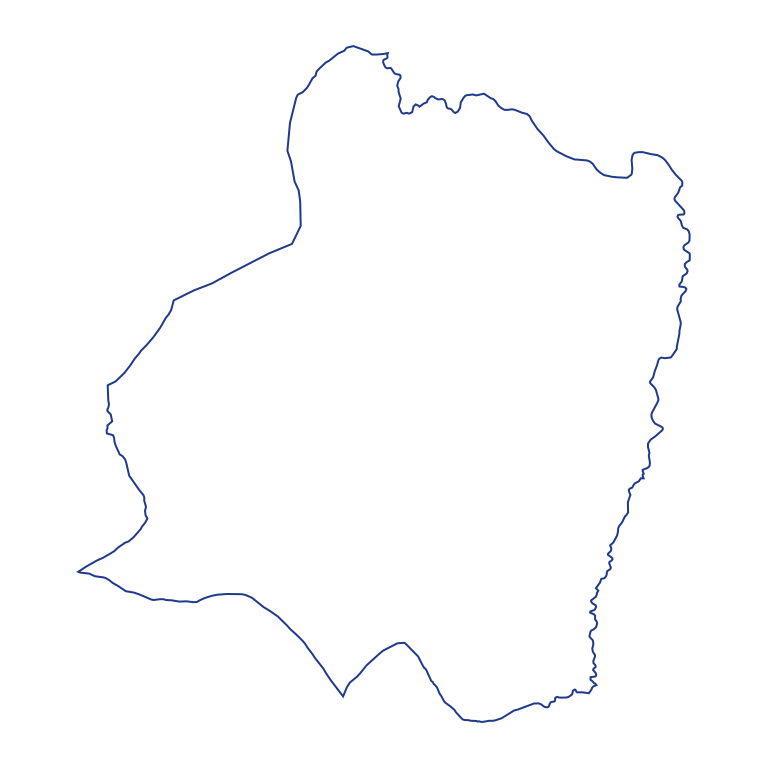 outline of Adi Keyh, Debub, Eritrea
{"feature_id": "51966322B55590653223248", "entity_name": "Adi Keyh", "entity_type": "district", "adm_level": 2, "iso_a3": "ERI", "parent_name": "Eritrea", "parent_adm1": "Debub", "projection": "albers", "projection_center": [39.429, 14.884], "detail": "fine", "context": "isolated", "style": "outline", "palette": "blue", "viewbox_px": 768, "rotation_deg": 0, "n_neighbors": 0, "source": "geoboundaries", "source_scale": "gbopen_adm2", "svg_char_len": 6062}
<svg xmlns="http://www.w3.org/2000/svg" viewBox="0 0 768 768"><path d="M387.8,53.1L383.5,54.0L377.4,54.5L371.8,54.5L368.2,51.4L353.4,46.1L346.7,47.7L344.2,50.8L338.1,53.5L328.9,60.9L325.8,62.5L319.1,68.8L316.6,71.5L315.6,75.7L312.5,78.3L308.4,85.7L306.9,87.9L302.8,92.1L297.7,94.7L296.2,97.9L290.0,122.8L287.4,150.8L291.0,161.4L294.6,181.5L298.7,190.5L300.2,201.6L300.7,225.9L292.0,243.9L269.0,253.4L231.2,272.9L211.8,283.5L193.9,290.4L173.7,300.4L171.2,309.9L168.8,314.2L165.8,317.9L160.2,327.7L153.6,336.9L146.4,345.3L141.2,350.5L138.8,353.9L135.0,358.3L130.1,365.6L124.3,373.0L115.5,381.5L107.7,385.3L108.3,400.6L109.0,404.1L108.4,407.3L107.3,409.8L107.4,411.0L110.7,414.4L112.2,421.3L107.4,425.5L107.5,428.2L106.6,430.2L106.9,433.4L113.0,435.2L114.0,437.4L114.6,442.2L115.8,445.8L119.7,454.4L122.6,456.2L125.2,459.6L126.3,463.0L129.2,475.7L139.6,490.5L143.6,495.4L144.3,497.7L144.2,500.6L146.0,506.8L145.0,510.9L145.6,515.3L147.4,518.6L145.1,522.8L141.7,527.0L141.0,528.7L133.7,537.1L128.5,541.5L125.1,542.7L118.0,547.6L114.2,551.2L110.6,553.4L102.6,558.0L97.1,560.4L86.2,566.6L78.2,571.8L80.2,572.6L89.2,573.6L94.8,576.2L103.5,577.4L105.5,578.0L108.9,579.9L112.8,583.0L118.4,586.2L125.8,591.2L134.0,592.6L139.3,594.4L151.2,599.5L153.5,600.0L160.2,599.2L163.3,599.2L166.0,600.0L171.7,600.3L179.4,601.6L186.6,601.3L193.5,602.2L196.8,602.0L200.5,599.9L205.1,597.9L211.9,595.8L217.3,594.7L227.1,594.0L241.9,594.2L245.6,595.0L251.9,597.7L263.6,607.1L269.7,610.8L278.0,616.6L287.4,625.9L290.4,629.3L296.1,634.4L302.2,640.4L305.0,643.6L307.4,647.5L312.5,654.1L314.6,657.5L323.2,668.4L326.0,673.2L330.8,680.3L343.1,696.4L346.8,687.4L349.8,682.6L357.0,676.7L360.4,673.0L366.5,665.4L379.2,653.9L383.0,650.7L397.4,643.3L404.3,642.8L405.9,644.0L418.1,656.4L422.3,664.7L424.1,667.7L426.0,669.4L431.2,680.8L432.8,682.1L433.8,684.1L434.9,684.9L437.1,687.6L439.6,693.7L441.5,696.4L443.9,701.0L445.3,702.7L450.2,706.2L454.5,709.9L456.0,712.4L462.5,719.3L464.5,720.0L468.8,720.2L470.2,720.7L476.5,721.0L477.3,721.5L479.0,721.3L480.8,721.8L482.8,721.9L489.0,720.8L492.7,720.8L495.1,720.4L501.5,718.3L514.1,710.5L518.0,709.5L534.0,703.5L538.5,703.4L540.9,704.2L544.5,706.9L547.3,707.3L548.6,706.8L550.0,703.2L551.1,702.0L554.2,701.6L555.0,700.8L555.3,697.7L557.3,696.9L559.5,697.6L563.9,697.6L566.4,697.5L568.7,696.9L572.2,694.3L572.9,690.7L574.8,689.5L575.8,690.3L576.4,691.7L577.2,692.4L582.2,692.3L588.9,693.2L591.4,689.7L592.1,687.9L593.2,686.5L596.4,685.1L595.3,683.6L594.1,683.3L592.7,681.4L590.6,679.9L590.5,677.2L595.3,676.5L596.1,675.8L596.2,674.3L595.3,672.5L593.1,670.0L593.6,668.7L595.6,667.1L595.6,666.0L595.2,665.0L593.5,663.1L593.3,661.0L595.0,656.5L595.0,655.0L592.8,651.7L592.3,648.2L593.3,644.9L593.2,641.9L592.7,640.2L589.7,637.0L589.5,635.8L590.6,631.4L591.7,630.3L593.4,629.5L596.1,627.2L597.1,623.4L596.7,621.6L595.1,619.3L595.1,615.7L594.2,614.4L590.1,612.6L590.4,611.4L593.9,610.2L595.0,609.3L596.1,606.8L595.8,605.4L592.5,603.4L591.2,601.7L591.1,600.4L595.6,597.0L596.9,594.5L596.8,593.3L598.3,590.6L595.9,588.2L600.2,582.3L601.0,579.3L602.3,578.6L604.3,578.3L606.0,576.4L606.7,574.4L606.8,572.6L607.3,571.1L610.3,569.2L610.8,567.5L609.2,563.2L609.4,562.0L611.6,560.5L612.5,559.4L612.3,558.0L608.0,554.8L607.9,553.8L610.7,551.1L611.1,550.2L611.3,548.3L610.1,545.4L613.4,542.4L617.1,535.5L617.9,532.0L618.2,528.3L619.1,526.1L622.0,522.5L625.0,516.4L626.3,515.2L628.1,512.5L627.9,502.1L630.4,494.9L629.1,491.7L628.8,490.0L629.6,488.7L632.2,487.6L634.0,484.3L635.0,483.3L638.8,481.3L640.8,478.3L643.6,478.3L642.6,475.8L642.8,474.5L643.7,473.8L642.7,471.1L642.7,469.8L647.3,468.1L649.2,466.5L649.7,465.2L649.9,462.3L648.8,455.8L649.4,452.6L648.0,447.1L648.0,444.0L648.3,443.0L650.8,439.5L654.6,436.9L662.3,430.2L662.9,428.9L662.6,427.7L661.7,426.9L655.1,423.6L653.0,420.8L651.6,417.6L651.4,414.3L652.0,412.6L657.2,402.9L658.3,400.5L658.4,398.9L655.9,389.8L654.2,387.2L650.3,383.2L649.9,381.9L653.2,377.2L654.8,371.0L657.1,365.1L658.3,360.4L659.1,359.0L660.4,358.0L661.6,357.6L664.8,358.2L670.7,357.5L671.8,356.3L676.8,349.1L676.8,346.8L679.3,334.3L679.5,330.7L680.7,324.5L680.7,322.1L677.1,309.0L677.5,306.8L680.9,301.2L680.6,299.6L681.3,296.0L682.8,294.0L685.4,291.4L686.4,289.0L685.4,287.7L683.8,287.0L679.4,286.5L679.3,284.9L681.9,281.1L682.7,276.2L686.7,273.4L687.5,271.4L687.5,270.2L685.1,266.9L684.7,265.6L684.9,264.0L686.5,262.2L689.7,260.3L689.8,254.3L689.5,253.3L684.3,249.9L683.4,248.0L683.7,246.3L684.3,245.4L688.5,242.4L689.5,240.5L689.6,234.5L689.0,232.1L688.5,230.9L686.9,229.2L683.2,227.8L681.9,225.4L680.8,221.0L678.2,218.1L677.5,216.7L678.0,215.2L679.2,214.7L683.6,214.5L684.3,213.6L684.3,211.6L683.9,210.3L675.1,200.7L674.4,199.0L674.8,197.3L677.8,193.4L678.6,191.8L679.9,187.9L680.6,186.8L682.2,185.6L682.3,181.9L681.5,180.5L676.1,175.1L671.6,169.5L669.3,165.7L665.4,160.5L663.1,158.2L660.6,156.6L657.3,155.1L651.4,154.2L642.6,152.1L638.2,152.2L634.6,152.8L633.6,153.5L632.5,155.2L631.6,160.0L632.3,168.4L631.8,173.6L631.3,174.7L627.1,177.8L617.0,177.3L611.4,176.7L604.1,175.1L600.0,172.5L596.7,169.5L592.7,163.8L590.0,161.6L586.8,160.4L574.4,159.4L566.0,156.1L556.5,151.1L553.8,148.9L548.3,142.3L543.5,135.6L537.4,128.9L531.8,120.7L529.7,116.3L527.0,114.0L522.0,112.7L514.4,109.7L512.0,109.3L507.6,109.9L504.4,109.8L501.3,108.1L498.3,105.6L495.6,101.3L493.4,99.1L490.7,98.2L484.0,93.7L476.3,95.4L472.8,94.5L466.8,95.2L465.4,95.7L463.6,97.7L460.8,102.4L460.0,107.9L457.7,111.7L455.2,113.0L453.6,112.0L451.5,109.4L449.9,108.7L448.4,108.6L447.3,107.9L446.5,106.5L446.1,104.1L444.7,100.4L443.0,99.2L442.0,99.0L438.9,99.4L437.8,99.3L435.1,98.0L433.9,96.9L431.9,96.2L430.4,96.9L427.8,99.7L426.9,102.2L423.5,103.7L419.5,106.7L418.7,105.8L415.7,104.4L413.5,106.5L412.2,112.1L409.3,113.6L406.4,112.8L403.9,113.6L402.5,113.3L401.5,112.5L398.7,106.2L400.7,98.7L398.6,92.0L398.5,88.9L397.2,85.8L398.2,81.5L400.5,78.1L400.5,75.7L399.5,74.7L396.2,74.1L394.5,73.4L391.2,68.5L390.2,67.8L387.4,68.4L385.6,67.5L384.4,65.5L383.2,62.6L383.2,61.0L383.6,59.9L386.7,58.4L387.5,57.5L387.3,54.4L387.8,53.1Z" fill="none" stroke="#1e3a8a" stroke-width="2"/></svg>